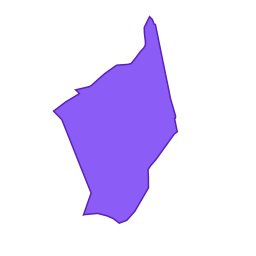 the district of Bwari, Federal Capital Territory, Nigeria, rotated 137°
{"feature_id": "59680162B85175001165051", "entity_name": "Bwari", "entity_type": "district", "adm_level": 2, "iso_a3": "NGA", "parent_name": "Nigeria", "parent_adm1": "Federal Capital Territory", "projection": "natural_earth1", "projection_center": [7.401, 9.25], "detail": "fine", "context": "isolated", "style": "filled", "palette": "violet", "viewbox_px": 256, "rotation_deg": 137, "n_neighbors": 0, "source": "geoboundaries", "source_scale": "gbopen_adm2", "svg_char_len": 988}
<svg xmlns="http://www.w3.org/2000/svg" viewBox="0 0 256 256"><g transform="rotate(137 128 128)"><path d="M170.9,191.1L170.7,179.2L176.0,165.5L189.4,131.2L199.3,105.6L219.8,94.8L218.7,94.2L208.5,86.3L203.4,78.3L200.5,71.7L199.3,64.4L191.8,61.3L179.9,62.4L153.8,70.3L146.2,78.6L145.8,79.1L141.8,83.9L137.4,85.0L129.0,85.9L114.5,88.8L98.5,92.0L94.5,91.7L88.0,102.4L87.4,103.3L86.6,102.9L85.1,104.2L77.5,119.3L77.2,120.0L71.7,128.9L53.5,158.7L47.8,168.0L42.1,177.3L37.8,184.3L37.4,185.0L37.6,185.7L38.1,186.5L37.9,186.8L37.3,188.2L36.9,188.8L36.6,189.7L36.2,191.0L36.2,191.9L36.2,192.3L36.3,193.1L36.3,193.7L36.3,194.7L45.1,191.4L47.6,190.4L49.2,188.6L51.6,185.8L55.6,180.3L57.9,177.6L59.6,176.4L62.0,175.8L67.2,175.4L74.6,174.0L77.5,173.6L81.8,173.0L84.7,174.6L88.9,178.0L93.2,181.5L94.8,181.9L107.6,183.6L115.6,183.9L126.2,184.1L128.2,184.7L131.2,186.4L140.3,191.6L140.2,190.4L140.0,187.7L140.3,186.3L156.0,189.6L170.9,191.1Z" fill="#8b5cf6" stroke="#5b21b6" stroke-width="1.5"/></g></svg>